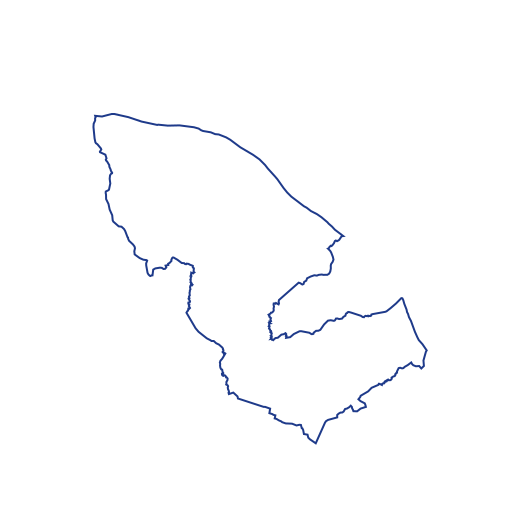 outline of Nong Wua So, Nong Bua Lam Phu, Thailand, rotated 155°
{"feature_id": "78962969B8714303156846", "entity_name": "Nong Wua So", "entity_type": "district", "adm_level": 2, "iso_a3": "THA", "parent_name": "Thailand", "parent_adm1": "Nong Bua Lam Phu", "projection": "natural_earth1", "projection_center": [102.601, 17.184], "detail": "fine", "context": "isolated", "style": "outline", "palette": "blue", "viewbox_px": 512, "rotation_deg": 155, "n_neighbors": 0, "source": "geoboundaries", "source_scale": "gbopen_adm2", "svg_char_len": 6075}
<svg xmlns="http://www.w3.org/2000/svg" viewBox="0 0 512 512"><g transform="rotate(155 256 256)"><path d="M369.0,359.9L369.1,353.7L370.8,348.9L370.8,347.5L367.9,340.9L365.5,339.4L364.2,336.2L364.0,333.9L364.5,327.2L364.2,326.8L364.6,325.6L364.6,323.4L362.6,318.4L362.1,315.9L362.4,314.2L364.3,311.7L365.3,308.7L362.3,303.3L359.7,300.3L356.9,298.5L356.6,297.8L358.7,295.7L359.5,293.8L361.4,286.6L361.3,284.8L360.6,282.9L360.0,282.4L359.0,282.6L358.0,282.2L354.9,287.1L352.5,287.3L347.9,286.0L346.3,285.0L345.3,283.3L343.8,282.8L342.1,283.6L342.0,285.5L339.3,284.9L338.9,286.1L337.1,286.3L334.7,287.3L334.4,288.2L333.0,289.5L332.0,289.8L331.3,289.4L328.8,285.8L326.3,281.1L324.1,279.8L323.7,278.7L322.8,278.1L322.1,278.4L320.4,277.3L319.8,276.3L317.4,273.8L318.1,272.3L317.5,271.1L319.2,268.2L318.8,267.2L319.4,267.1L319.4,267.7L320.3,266.9L321.7,268.2L321.9,267.6L322.6,267.1L322.7,266.2L323.2,265.9L322.9,265.8L323.2,264.8L324.3,263.9L325.0,262.4L325.5,262.3L325.7,260.8L326.5,259.8L325.9,258.9L325.9,258.2L326.5,258.4L326.9,257.8L326.2,257.8L325.7,256.8L326.4,256.5L326.6,257.1L327.3,257.3L328.3,256.5L329.0,255.5L329.5,253.5L330.4,252.9L331.2,251.4L331.8,250.8L332.7,248.2L333.8,247.7L334.2,245.9L334.9,246.1L335.2,245.8L334.9,242.9L335.7,242.0L336.9,242.4L337.3,241.9L337.5,241.0L337.0,239.9L338.0,239.1L337.8,236.8L339.3,236.2L339.2,236.9L339.5,237.0L340.7,235.2L341.6,235.0L343.0,234.0L341.3,216.0L340.1,211.6L335.4,202.2L332.8,198.8L332.3,197.8L330.2,196.8L329.0,193.8L327.0,191.4L325.2,187.2L325.1,186.0L325.5,185.2L325.3,184.6L325.5,184.0L325.9,183.4L326.7,183.3L326.9,182.8L326.3,182.1L326.4,181.4L326.0,181.2L326.2,180.8L325.3,181.1L325.0,180.6L330.0,177.2L332.5,176.1L333.8,174.7L334.0,173.4L334.9,171.9L335.5,169.8L335.4,168.0L334.7,167.3L335.3,164.9L335.1,163.7L335.5,163.4L336.6,163.7L337.0,162.7L336.7,161.6L336.1,161.1L335.2,161.4L334.6,160.9L334.2,159.8L334.4,158.7L333.9,158.5L333.5,157.0L334.3,155.6L336.1,154.3L336.8,152.6L337.3,152.1L336.4,150.9L336.3,149.8L337.2,148.7L337.7,146.9L337.6,145.8L337.9,144.3L338.1,143.8L338.7,143.6L338.9,142.3L334.3,141.8L332.1,136.5L332.6,134.5L314.2,117.3L312.9,116.1L311.5,115.4L307.7,111.7L310.3,107.9L307.8,105.6L307.5,104.8L305.8,103.4L307.7,100.9L306.3,99.7L304.7,97.3L302.9,95.3L302.6,94.4L299.8,91.7L294.2,88.8L290.9,85.3L288.0,84.7L286.7,83.9L287.3,80.6L286.8,80.2L286.8,78.3L287.8,74.4L284.8,72.3L285.4,69.3L284.6,67.1L281.0,61.0L263.9,75.8L262.4,76.7L260.0,77.0L250.6,75.4L249.6,77.6L247.8,78.2L245.7,78.4L243.9,77.7L242.3,78.0L239.9,79.7L238.1,79.3L235.3,79.6L233.4,80.3L232.9,78.7L233.3,77.2L233.1,75.8L233.3,74.2L230.0,72.5L225.7,73.5L220.2,72.8L219.8,74.8L219.7,76.5L222.6,80.3L223.7,82.9L221.2,84.1L220.2,85.1L211.6,85.9L206.9,87.7L199.5,87.5L198.7,88.3L198.0,87.9L196.4,85.9L195.7,86.8L194.8,86.9L194.0,86.4L193.3,86.7L193.5,87.0L192.7,87.6L192.0,87.9L191.3,87.4L191.0,87.8L190.5,87.4L189.9,88.0L189.5,87.7L188.9,88.2L188.5,88.2L188.3,87.4L186.5,86.6L184.8,87.4L184.5,88.5L182.3,88.8L181.1,88.5L179.9,89.3L179.8,90.0L178.5,90.4L178.2,90.8L177.5,90.7L177.1,91.7L174.1,94.1L172.6,93.8L171.1,92.4L169.8,92.1L168.1,92.7L164.6,93.0L160.3,93.9L160.2,92.0L159.6,90.5L157.7,88.5L154.6,87.3L153.7,84.2L150.3,85.4L148.4,90.5L142.5,97.4L141.2,98.3L142.4,105.7L144.0,111.0L144.1,114.4L144.0,120.2L143.0,131.6L143.2,136.0L142.7,139.2L142.8,141.4L142.2,143.8L141.8,150.0L141.2,153.7L141.2,155.7L141.4,156.0L142.1,156.4L149.1,153.8L155.9,151.9L161.1,150.7L162.5,150.8L175.1,154.1L176.2,154.2L176.8,153.3L177.9,153.3L178.8,153.9L179.7,153.9L179.8,154.6L181.2,154.8L182.1,155.5L183.4,155.3L184.0,154.9L185.1,155.6L186.2,157.5L193.7,164.5L195.6,166.1L196.7,166.3L197.3,165.8L198.2,165.9L199.1,165.5L200.2,164.1L202.5,163.9L204.5,162.9L207.3,163.7L208.7,165.0L209.9,165.5L211.7,164.3L212.8,164.3L215.4,166.2L218.1,167.0L223.2,165.2L228.9,161.9L231.0,161.9L233.2,162.8L236.2,162.1L236.7,161.3L237.4,161.2L238.7,161.7L240.1,163.9L246.9,168.8L248.4,169.4L254.7,169.3L259.3,168.0L263.3,169.1L262.5,170.1L262.7,170.7L262.1,170.8L262.2,171.6L261.6,172.5L261.9,173.6L263.9,173.4L266.2,174.0L270.8,172.7L273.1,173.4L275.9,172.5L276.1,173.1L276.8,173.2L276.8,174.4L277.6,174.6L277.0,174.9L277.1,175.7L275.9,176.0L276.3,177.3L275.6,177.3L275.0,178.8L274.5,179.2L275.0,180.5L274.3,180.5L274.1,181.7L274.7,182.1L274.3,183.6L274.9,184.7L273.5,186.4L274.1,187.0L273.3,187.6L272.6,189.3L271.6,189.0L272.2,190.0L271.4,190.1L271.4,191.0L269.9,190.7L269.6,192.7L268.7,193.4L269.5,195.1L269.1,195.6L269.5,196.5L269.0,197.1L269.2,197.5L267.2,197.7L266.4,198.3L265.6,198.0L264.8,198.1L263.3,198.8L262.8,199.4L262.3,201.0L261.1,202.5L260.7,204.4L260.0,205.5L259.1,205.2L258.6,204.6L257.8,205.0L256.0,202.6L255.2,203.3L254.8,205.0L253.8,206.4L228.6,213.8L227.4,212.7L226.1,210.6L224.8,210.5L223.2,212.2L220.9,212.4L219.1,214.2L215.2,214.3L211.3,213.9L209.1,212.5L207.1,212.4L204.2,211.4L203.0,210.5L199.3,208.8L197.2,209.1L195.3,210.5L193.5,213.0L192.3,215.7L191.3,217.0L189.0,218.3L187.3,220.0L186.7,222.8L186.4,227.5L186.6,229.3L187.6,232.2L187.0,232.1L185.5,233.2L183.8,233.7L183.3,233.1L181.7,233.7L179.9,234.7L178.2,236.2L177.1,236.3L176.3,235.2L174.5,235.3L173.7,235.5L170.1,237.7L168.5,237.2L173.4,246.5L174.7,250.6L176.5,254.6L177.0,256.4L180.3,263.5L183.0,268.1L187.2,273.5L189.7,278.4L191.5,280.8L198.9,294.9L200.9,300.4L202.3,306.0L204.2,316.6L205.2,320.2L208.3,330.2L209.3,334.6L212.0,342.1L216.0,349.1L224.3,361.2L230.2,372.2L232.9,376.1L238.4,381.9L241.5,383.7L244.7,387.2L251.2,391.7L252.6,393.2L254.1,395.7L257.8,398.9L270.1,406.7L280.8,411.4L289.2,416.4L290.1,416.5L302.9,426.2L313.0,435.8L324.3,444.5L326.8,445.7L336.6,447.5L342.5,451.0L342.7,449.5L343.6,448.9L344.5,446.8L347.2,444.5L348.8,441.6L352.6,430.8L353.5,427.0L353.4,425.9L352.5,424.3L351.1,419.0L351.2,417.9L353.4,416.5L353.5,416.0L349.7,411.5L350.2,407.7L351.4,406.8L351.5,405.9L351.0,404.5L350.6,400.4L351.2,398.8L351.2,395.8L351.5,394.7L351.2,392.2L351.5,391.8L352.4,391.9L354.2,390.8L356.0,387.8L357.4,383.3L361.1,378.4L361.8,378.0L364.9,377.9L365.6,376.7L366.0,375.0L367.8,370.9L367.7,365.5L369.0,359.9Z" fill="none" stroke="#1e3a8a" stroke-width="2"/></g></svg>